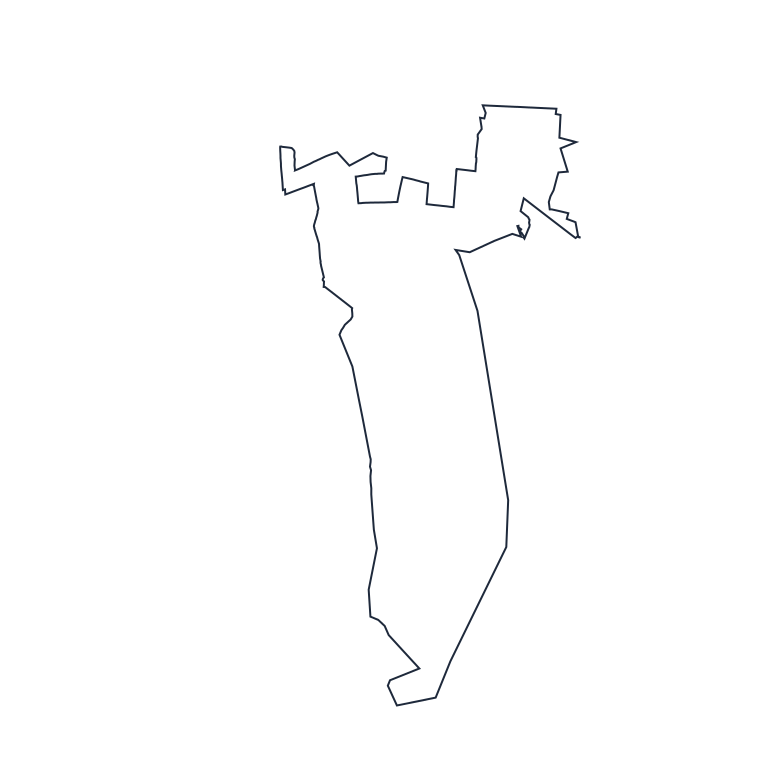 San Pablo Etla, Oaxaca, Mexico (Natural Earth projection), rotated 104°
{"feature_id": "50627088B64488594618490", "entity_name": "San Pablo Etla", "entity_type": "district", "adm_level": 2, "iso_a3": "MEX", "parent_name": "Mexico", "parent_adm1": "Oaxaca", "projection": "natural_earth1", "projection_center": [-96.767, 17.155], "detail": "fine", "context": "isolated", "style": "outline", "palette": "slate", "viewbox_px": 768, "rotation_deg": 104, "n_neighbors": 0, "source": "geoboundaries", "source_scale": "gbopen_adm2", "svg_char_len": 5212}
<svg xmlns="http://www.w3.org/2000/svg" viewBox="0 0 768 768"><g transform="rotate(104 384 384)"><path d="M89.7,355.6L96.4,350.9L102.1,350.9L102.4,355.2L110.0,352.0L110.3,351.8L110.5,351.8L110.9,351.6L113.0,350.9L119.3,353.4L121.6,352.9L122.7,352.3L135.4,350.7L141.5,349.8L141.5,349.7L141.8,349.3L142.0,349.2L142.4,349.0L142.5,349.0L143.9,348.6L144.2,348.6L146.1,348.2L147.2,348.1L147.5,348.2L149.8,347.8L150.5,347.7L151.9,347.4L153.4,347.1L155.4,346.8L156.0,351.2L156.4,354.6L156.9,358.5L157.6,363.9L157.8,365.4L159.3,365.2L159.3,365.5L162.2,364.9L164.6,364.5L166.0,364.3L168.7,363.8L173.9,362.9L175.6,362.7L176.9,362.4L178.7,362.1L179.1,362.1L183.5,361.3L185.9,360.9L189.4,360.4L189.6,360.3L195.6,359.3L196.1,362.7L196.5,366.5L197.1,370.5L197.6,374.4L198.2,378.5L198.7,382.4L199.2,386.2L196.8,386.6L193.3,387.2L193.1,387.2L187.0,388.2L180.6,389.3L178.7,389.7L178.7,391.9L178.7,393.7L178.7,395.7L178.7,397.9L178.6,399.0L178.6,400.6L178.6,402.4L178.5,404.5L178.5,406.1L178.6,410.5L178.7,416.0L181.8,416.0L186.9,415.9L187.8,415.9L193.6,415.7L201.1,415.3L204.1,415.1L204.2,415.4L204.5,416.0L205.1,418.5L205.6,420.2L205.8,420.7L206.3,422.5L206.6,423.7L207.8,427.7L208.3,429.7L208.5,430.5L208.8,431.6L209.2,433.1L209.3,433.4L209.6,434.7L211.1,440.3L211.2,440.7L211.2,440.8L211.7,442.4L212.1,443.9L212.2,444.2L212.5,445.4L213.3,447.9L213.3,448.1L214.0,449.8L214.8,452.5L213.2,453.2L211.8,453.7L210.8,454.0L204.7,456.1L202.5,456.9L200.1,457.7L197.9,458.5L196.0,459.4L189.6,461.6L189.4,461.0L189.3,460.5L188.5,458.7L188.2,458.1L187.4,456.2L186.8,454.9L186.2,453.5L185.7,452.1L185.1,450.6L184.7,449.7L184.1,448.4L183.4,446.7L182.5,444.1L182.4,443.9L181.6,441.0L181.4,440.8L180.9,439.0L179.8,434.9L178.4,434.9L178.2,434.9L177.5,434.9L177.1,434.8L176.6,434.0L167.9,435.7L163.7,436.1L163.6,439.7L163.9,444.7L163.5,446.6L162.6,450.6L172.8,461.9L180.5,470.4L174.8,479.0L172.4,482.6L171.1,484.6L170.5,485.5L171.2,486.6L173.0,489.5L174.5,491.8L176.1,494.1L177.4,495.9L177.9,496.5L180.3,499.5L181.5,500.9L182.6,502.4L183.4,503.3L183.7,503.7L183.9,503.9L185.3,505.8L188.3,509.1L196.4,519.3L198.3,522.0L198.2,522.0L194.5,523.4L193.7,523.7L189.9,524.5L187.4,524.9L186.1,525.7L185.3,526.0L184.2,526.3L181.0,526.8L179.6,527.4L178.5,528.7L177.4,530.6L177.4,531.1L177.6,533.3L178.0,536.4L178.5,540.1L178.4,540.9L178.6,541.6L178.7,542.1L179.0,542.1L179.5,542.0L180.3,541.8L182.8,541.1L184.1,540.7L185.7,540.2L187.8,539.6L189.8,539.1L193.0,538.0L194.8,537.4L197.5,536.7L198.4,536.4L201.4,535.4L204.4,534.3L207.3,533.3L207.5,533.2L210.1,532.3L211.9,531.7L213.0,531.3L218.1,529.7L220.3,529.0L219.1,527.1L224.0,525.6L222.8,523.8L221.3,521.6L219.2,518.6L218.8,518.0L217.9,516.7L216.8,515.1L214.8,512.2L213.2,509.8L211.4,507.2L210.2,505.5L206.7,500.4L207.6,500.3L208.2,500.8L208.3,500.8L208.9,499.8L210.9,498.9L213.1,497.9L218.3,495.5L220.2,494.6L220.5,494.5L220.8,494.4L222.5,493.6L224.5,492.6L225.0,492.3L227.1,491.3L227.6,491.0L227.9,490.9L228.9,490.4L229.7,490.1L229.8,490.1L230.3,490.1L232.8,490.2L233.1,490.1L233.8,489.9L235.3,489.9L235.8,489.9L237.2,489.9L238.7,490.0L239.6,490.0L240.6,490.0L241.1,490.0L241.5,490.2L242.7,490.2L244.3,490.2L245.6,490.3L247.2,490.3L248.2,490.1L248.7,489.8L248.9,489.6L249.0,489.5L249.3,489.5L249.9,489.2L250.0,489.2L250.3,489.0L250.6,488.9L251.1,488.5L252.0,488.0L254.9,486.3L256.7,485.2L256.8,485.1L257.2,484.9L257.5,484.6L259.9,483.3L263.3,481.2L263.9,480.9L266.2,480.2L272.2,478.2L274.7,477.4L277.7,476.4L280.5,475.1L280.8,475.2L281.4,475.0L281.7,474.9L281.9,474.8L282.0,474.8L282.1,474.7L282.4,474.6L282.6,474.5L283.8,473.9L284.9,473.5L285.0,473.4L295.1,468.1L295.6,468.4L296.1,468.6L296.8,468.7L297.3,468.7L297.8,468.7L298.2,468.3L298.5,467.9L298.8,467.4L299.0,467.0L300.8,466.7L302.5,466.3L304.4,466.0L304.3,465.5L304.3,464.9L304.2,464.5L317.0,435.6L318.1,433.2L319.4,433.2L323.0,431.9L326.2,431.0L329.4,431.9L332.7,434.1L336.0,436.3L339.4,437.3L342.2,438.4L347.0,439.1L374.7,418.9L405.6,404.4L421.0,397.1L457.9,380.0L460.2,378.7L463.0,378.1L467.6,377.6L470.8,375.7L476.6,374.9L482.3,373.3L488.2,371.1L494.3,369.6L527.8,358.6L545.1,351.1L587.3,349.1L613.0,340.9L614.3,332.5L618.6,324.8L626.5,318.7L637.9,301.5L651.5,280.9L670.0,306.5L675.8,307.3L692.8,293.7L676.0,258.4L675.8,258.0L637.0,252.5L512.6,225.9L466.7,235.4L290.4,311.0L270.8,323.3L240.7,342.2L236.6,347.0L235.4,332.7L218.4,311.5L207.3,295.8L207.9,286.6L198.5,292.8L198.0,291.8L199.5,291.3L200.7,288.3L202.4,288.9L203.4,288.7L204.1,287.0L206.7,284.2L207.9,284.2L209.0,282.9L197.9,281.3L196.7,281.0L194.3,281.1L193.7,281.7L192.2,282.3L190.4,282.4L189.3,282.6L188.7,283.4L187.3,284.4L183.2,293.3L170.0,293.3L182.2,265.4L189.1,249.5L193.6,239.2L194.4,237.3L194.9,236.1L195.8,234.0L196.0,233.4L195.0,232.7L194.0,232.0L193.6,231.8L194.4,231.0L194.5,230.3L194.5,229.8L194.5,229.3L194.4,228.8L193.9,231.3L180.7,237.3L180.5,238.6L179.6,246.6L173.7,246.5L173.8,256.0L174.0,263.4L174.5,265.4L167.6,268.1L161.8,267.9L160.8,267.7L155.0,266.3L141.1,266.1L136.5,265.9L133.5,257.1L112.7,269.7L102.8,256.1L102.6,273.4L80.2,277.8L80.5,282.7L75.2,283.3L79.4,304.3L79.6,305.4L80.7,310.7L80.8,311.3L82.6,320.5L83.3,323.7L85.3,333.6L85.8,336.1L85.9,336.6L86.0,337.1L88.5,349.4L89.2,353.0L89.7,355.6Z" fill="none" stroke="#1e293b" stroke-width="2"/></g></svg>